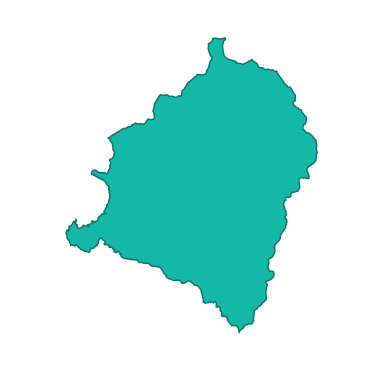 Roncesvalles, Tolima, Colombia, rotated 169°
{"feature_id": "7082276B73571332128099", "entity_name": "Roncesvalles", "entity_type": "district", "adm_level": 2, "iso_a3": "COL", "parent_name": "Colombia", "parent_adm1": "Tolima", "projection": "natural_earth1", "projection_center": [-75.521, 4.104], "detail": "fine", "context": "isolated", "style": "filled", "palette": "teal", "viewbox_px": 384, "rotation_deg": 169, "n_neighbors": 0, "source": "geoboundaries", "source_scale": "gbopen_adm2", "svg_char_len": 6014}
<svg xmlns="http://www.w3.org/2000/svg" viewBox="0 0 384 384"><g transform="rotate(169 192 192)"><path d="M60.6,214.0L60.8,215.1L60.5,219.1L64.0,225.3L66.3,227.6L68.5,228.4L69.8,230.9L71.2,232.3L70.5,235.5L69.3,236.7L67.8,237.2L66.2,240.2L65.6,242.5L65.9,244.4L67.1,245.8L67.8,247.9L68.7,248.9L69.3,252.0L71.5,253.0L71.8,254.2L73.2,254.9L75.8,258.2L75.6,261.0L73.6,261.6L73.2,262.1L72.2,267.1L72.3,267.9L73.4,269.6L74.8,274.3L75.9,276.2L78.0,276.7L78.7,278.6L80.1,280.0L82.6,286.4L83.6,287.6L84.1,289.3L85.2,291.0L85.7,294.2L88.4,295.0L89.5,296.7L91.6,296.4L93.5,298.0L96.8,298.2L99.2,300.4L102.7,301.6L103.6,305.6L106.2,308.0L108.0,310.5L109.0,310.3L110.1,309.3L111.7,309.7L112.6,308.8L118.1,307.5L119.1,308.5L123.5,309.9L124.1,311.7L131.3,315.5L132.9,317.2L134.5,319.7L134.6,324.9L134.1,330.4L133.2,331.6L132.9,333.1L131.7,334.4L130.0,335.3L130.1,336.7L130.5,337.2L131.6,336.8L135.0,336.9L137.4,337.4L139.1,338.5L142.5,338.6L142.3,337.5L143.7,336.0L146.1,334.7L147.6,334.4L147.8,332.4L148.8,329.5L148.1,323.2L146.8,320.2L146.9,318.9L149.8,316.1L152.0,310.6L154.5,308.3L155.1,306.4L155.9,305.4L157.2,304.9L159.6,305.0L164.6,306.4L165.9,304.6L168.4,303.9L170.0,302.6L175.1,300.1L180.3,294.2L181.5,293.9L182.3,293.1L183.4,291.2L183.6,288.8L184.2,288.3L186.8,288.9L189.5,287.8L193.9,290.0L196.0,290.1L197.7,292.1L202.5,292.5L204.1,293.4L205.1,293.2L206.9,291.3L207.1,290.7L208.4,289.9L210.0,287.6L210.8,287.1L212.7,284.1L212.9,282.8L214.9,278.8L214.0,275.8L214.4,275.5L214.6,272.8L215.4,271.0L218.2,270.7L220.8,271.9L222.5,271.1L224.8,268.4L226.7,267.9L230.2,269.1L232.5,269.1L234.2,270.3L235.7,270.1L236.3,269.3L238.2,269.4L238.6,268.4L239.9,267.6L242.4,268.2L244.1,267.3L248.0,267.3L248.6,266.7L250.7,266.2L252.0,265.5L252.7,264.7L254.2,265.1L255.2,264.2L256.5,264.1L257.3,263.2L258.3,263.5L259.1,262.9L260.2,262.8L261.1,261.7L263.7,261.2L263.9,260.7L262.7,260.4L262.3,257.5L261.7,256.9L260.9,253.8L261.2,252.7L260.9,251.3L261.5,249.0L260.4,245.6L261.3,244.5L261.8,242.2L264.2,239.8L265.8,240.0L266.7,239.3L266.3,235.7L267.6,233.6L267.7,232.3L268.4,230.5L269.6,229.4L271.1,226.6L272.6,225.7L273.2,227.0L274.1,227.6L275.2,227.4L275.5,227.9L276.4,227.8L277.3,228.4L279.5,228.7L279.9,229.3L280.4,229.3L282.1,231.5L284.1,232.2L285.4,231.8L286.8,230.5L287.3,228.9L286.8,228.2L286.1,228.3L285.3,227.3L284.5,227.3L284.3,226.5L281.6,224.5L281.4,223.9L280.5,223.7L279.2,222.2L277.7,221.4L277.1,220.4L276.1,220.3L275.9,219.5L275.1,218.6L274.8,217.1L273.5,214.6L272.8,214.3L272.9,213.5L272.4,212.7L273.4,210.4L272.8,208.9L273.6,207.0L273.0,206.1L273.6,202.4L275.3,199.4L275.6,197.8L278.0,195.5L278.4,194.7L278.4,193.7L280.0,192.5L280.6,191.1L282.0,190.1L282.1,188.6L281.2,187.6L282.3,187.9L282.8,187.3L283.0,187.8L283.8,187.8L285.2,187.2L286.4,186.0L288.2,185.4L289.1,184.4L289.0,183.8L290.2,182.2L291.3,181.4L292.4,181.6L293.7,180.7L294.3,182.4L295.7,182.5L296.1,181.9L295.5,181.0L296.2,180.5L298.4,179.8L300.6,179.8L299.9,177.8L301.4,178.8L303.3,178.8L304.9,180.1L306.7,178.6L309.4,177.4L310.5,178.6L311.1,178.6L311.6,179.3L311.2,180.0L311.2,182.0L312.7,183.5L312.6,184.3L312.0,184.5L310.8,185.9L311.1,186.9L311.4,185.9L314.2,185.3L315.9,183.0L317.7,181.6L318.6,182.0L319.2,181.7L319.2,180.7L319.5,180.0L319.1,178.4L320.5,178.8L321.1,177.5L322.2,178.2L323.4,176.0L323.0,172.5L323.5,170.1L321.6,167.5L321.8,166.9L321.0,163.7L321.2,162.8L320.2,163.1L317.3,161.3L315.3,162.5L314.0,159.3L312.7,158.2L311.9,156.6L309.7,155.6L308.9,154.5L305.9,153.4L304.7,152.5L303.7,152.9L303.0,155.0L302.4,155.0L301.7,156.1L300.7,155.6L298.9,155.8L296.6,157.4L295.9,157.3L295.3,158.4L293.6,159.7L293.4,160.3L293.6,161.2L293.3,162.0L291.6,163.1L291.7,164.1L290.8,164.3L289.4,163.8L288.4,161.6L286.9,160.6L287.1,158.4L288.1,157.9L287.9,157.1L287.3,156.8L286.1,156.9L285.1,156.1L284.2,156.2L283.8,155.5L283.7,153.6L281.4,153.0L280.4,151.1L279.2,150.5L279.9,148.9L279.5,147.9L278.5,147.5L278.3,147.1L277.6,147.0L276.5,148.2L276.0,148.1L274.3,145.9L274.6,144.7L273.4,144.2L274.0,143.0L273.2,141.3L270.8,139.6L268.4,138.9L268.0,138.5L267.2,138.6L265.5,137.4L264.6,137.8L264.0,137.7L263.5,136.8L262.5,137.2L260.1,135.9L258.6,136.1L258.1,133.9L257.2,132.8L254.0,132.2L253.1,131.2L248.7,130.4L247.5,129.4L247.3,128.7L245.8,127.0L238.8,124.7L236.8,122.8L236.6,121.4L235.7,119.7L235.3,117.9L233.5,115.3L233.6,114.2L233.0,113.0L231.4,111.3L229.1,110.4L227.7,109.1L225.7,108.4L223.0,108.4L222.3,107.8L221.4,108.1L219.7,105.3L219.6,104.6L219.0,104.2L217.0,103.9L216.2,104.7L214.3,104.8L213.1,105.8L210.3,104.3L207.0,99.9L205.0,99.3L204.1,98.5L201.8,94.2L202.0,92.2L201.7,91.2L201.8,89.3L201.2,88.2L201.6,86.8L201.2,85.0L201.9,81.8L199.9,80.3L195.6,80.7L193.2,80.0L192.0,79.1L190.9,80.2L190.2,80.3L189.4,78.5L189.3,77.3L190.0,76.0L190.1,74.6L189.2,74.2L187.4,74.3L186.4,73.3L186.4,72.3L187.0,70.2L185.4,68.0L186.7,65.0L185.4,63.9L183.0,63.6L181.8,62.7L181.2,58.1L178.4,53.2L174.9,52.6L173.4,51.7L172.5,49.3L172.5,45.4L170.9,47.2L167.5,48.7L165.5,51.2L163.2,51.1L160.7,52.0L158.9,51.0L158.3,51.3L155.9,54.3L155.4,58.3L154.4,59.6L153.5,63.7L149.9,65.3L149.0,66.9L146.8,67.2L143.7,69.7L140.4,71.7L139.2,73.3L138.8,79.4L137.7,81.8L137.3,83.8L135.9,86.3L135.9,87.7L136.8,88.7L137.0,89.8L131.3,91.2L129.1,92.5L127.3,94.8L127.0,97.2L127.3,98.1L128.9,99.3L130.8,99.0L131.3,100.3L131.8,104.7L130.1,107.4L129.9,111.3L125.6,112.9L122.5,116.5L121.6,119.8L121.6,121.9L120.6,124.3L115.3,128.3L114.2,129.8L113.6,131.4L113.7,132.0L113.0,133.1L109.4,137.0L107.0,138.9L106.5,141.0L104.6,144.3L104.5,147.0L105.9,149.4L103.6,151.8L103.8,153.7L103.4,155.7L104.5,157.5L104.1,159.4L104.6,162.6L102.8,165.7L101.7,165.9L101.6,167.1L100.9,168.5L100.3,168.8L97.6,168.3L96.4,168.5L95.8,169.1L95.4,171.0L94.2,172.7L92.6,172.2L89.3,172.8L88.5,172.4L87.8,172.8L85.9,175.1L85.2,176.8L85.0,182.6L84.5,184.5L84.0,184.8L81.7,185.4L80.3,184.4L78.6,184.6L75.9,182.9L74.5,183.3L74.2,184.4L74.3,187.5L75.2,191.3L74.8,193.0L72.5,194.9L70.0,195.5L68.9,196.9L68.0,196.4L64.5,199.1L63.8,200.9L63.1,204.7L61.6,206.8L61.8,210.7L60.6,214.0Z" fill="#14b8a6" stroke="#0f766e" stroke-width="1.5"/></g></svg>